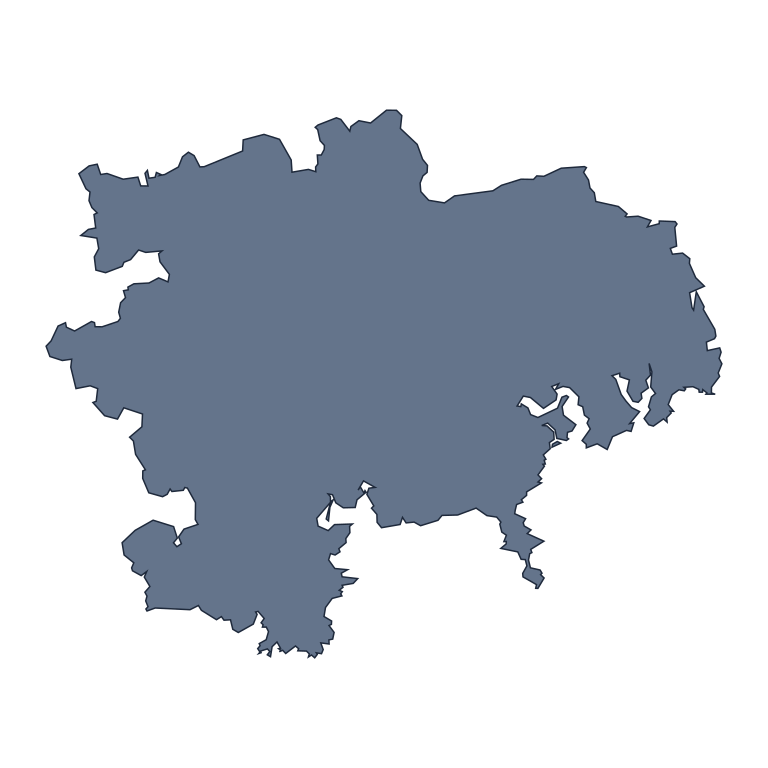 the district of Bandon - Kinsale Lea-6, Cork, Ireland
{"feature_id": "5873133B71141720266314", "entity_name": "Bandon - Kinsale Lea-6", "entity_type": "district", "adm_level": 2, "iso_a3": "IRL", "parent_name": "Ireland", "parent_adm1": "Cork", "projection": "mercator", "projection_center": [-8.645, 51.706], "detail": "fine", "context": "isolated", "style": "filled", "palette": "slate", "viewbox_px": 768, "rotation_deg": 0, "n_neighbors": 0, "source": "geoboundaries", "source_scale": "gbopen_adm2", "svg_char_len": 6076}
<svg xmlns="http://www.w3.org/2000/svg" viewBox="0 0 768 768"><path d="M401.8,115.6L396.5,110.3L386.5,110.2L370.6,123.0L358.9,120.7L350.9,126.5L349.8,131.2L340.8,119.4L336.4,117.8L318.0,125.0L315.2,127.3L317.7,129.6L320.1,140.7L324.4,145.4L324.2,149.5L321.3,155.0L317.3,155.0L317.9,163.9L315.6,167.0L315.8,171.7L308.4,169.4L292.0,172.2L291.2,160.0L279.5,139.3L264.0,134.4L243.2,139.9L242.6,151.0L204.2,166.7L199.9,166.9L194.1,155.6L188.4,152.2L182.5,156.8L178.4,167.0L164.8,174.5L159.5,175.5L160.7,174.4L156.4,172.5L155.1,177.3L149.0,178.2L147.4,170.4L145.0,173.3L148.0,186.0L140.7,185.9L137.9,177.1L123.2,179.2L107.0,173.5L100.7,174.5L97.2,164.2L89.1,165.9L78.9,173.7L86.0,188.8L90.0,192.0L89.0,200.7L91.9,207.6L97.2,212.9L94.0,214.5L95.7,228.0L88.4,229.4L80.8,235.5L96.9,238.1L98.7,248.7L94.3,256.9L95.9,270.1L105.6,272.7L122.3,266.3L123.9,262.3L130.6,259.6L138.6,250.0L145.7,252.4L162.0,250.9L158.6,253.8L160.0,261.8L169.4,274.4L168.0,281.9L158.6,277.9L149.0,283.0L133.9,283.8L127.9,287.1L128.3,289.8L123.5,290.7L125.5,297.6L120.6,302.7L118.7,312.2L120.4,318.3L117.9,321.5L102.1,326.8L95.1,326.7L94.5,322.6L91.5,321.5L74.6,331.0L66.4,327.2L65.5,322.7L58.1,326.0L51.1,340.9L46.1,346.2L49.9,356.5L62.3,360.5L71.7,359.2L70.8,367.2L76.0,388.6L90.2,385.8L97.7,388.6L96.2,401.3L92.9,402.5L104.6,415.7L117.5,419.1L123.8,407.8L142.5,414.0L141.9,426.8L129.6,437.2L133.4,441.0L135.6,454.4L145.4,469.8L142.8,470.9L142.7,478.4L148.8,492.8L162.6,496.7L167.2,494.3L170.1,489.0L171.9,491.5L183.3,490.3L184.8,487.5L187.4,488.1L195.5,502.7L195.3,519.6L198.0,524.4L184.0,529.1L178.6,536.9L181.4,543.7L176.9,546.7L173.5,542.8L177.3,538.1L173.6,526.6L153.1,520.2L135.2,530.3L122.1,542.7L124.1,555.0L133.8,562.8L131.6,567.9L132.5,570.8L141.2,575.6L146.7,571.5L144.3,577.1L149.9,586.5L144.9,592.2L147.0,596.1L145.7,600.9L148.0,606.7L145.9,609.0L147.0,611.0L155.2,608.0L190.0,609.7L198.4,605.5L201.4,610.3L216.5,619.7L221.4,616.6L224.0,620.2L230.5,619.8L232.8,629.3L238.3,632.5L253.3,624.1L257.1,614.4L255.6,612.0L258.1,611.4L264.2,618.5L261.1,622.8L263.1,624.7L262.4,627.1L266.3,627.1L268.5,631.6L266.2,639.7L259.2,643.6L260.1,645.7L257.7,648.6L259.5,651.4L267.4,648.9L269.8,651.5L267.3,654.8L270.5,656.7L272.1,646.7L277.0,642.0L280.5,648.2L278.6,648.7L281.1,650.4L279.3,651.7L282.7,650.3L285.7,653.5L295.5,646.0L298.6,648.7L297.8,650.8L306.5,651.1L309.3,653.9L308.4,657.0L311.5,655.0L314.7,657.8L317.3,654.4L316.3,652.8L321.5,653.7L323.2,649.6L320.8,642.9L329.1,644.0L328.9,639.9L332.7,639.1L334.1,632.4L329.0,625.5L331.4,624.4L331.6,621.0L324.0,616.5L325.5,607.5L332.2,598.4L341.9,595.9L340.7,593.8L342.3,591.6L339.2,590.3L343.0,587.3L342.1,585.3L353.2,583.4L357.7,578.6L342.1,576.8L341.3,573.2L347.6,569.7L334.8,568.5L328.6,559.9L330.5,553.6L335.1,555.0L340.0,551.8L338.8,548.7L346.1,542.6L345.8,538.6L349.9,532.7L349.6,526.3L352.4,524.0L334.5,524.6L328.2,530.6L318.1,526.1L316.7,518.3L330.5,502.3L326.2,519.0L328.5,520.9L329.9,507.3L333.2,499.8L330.5,501.8L330.4,496.7L328.1,493.9L332.5,494.7L335.8,502.8L343.3,507.8L355.2,507.5L357.0,499.8L366.1,492.2L365.0,490.6L364.0,493.1L360.3,486.8L358.1,490.1L363.5,480.9L375.1,487.4L368.9,488.2L366.9,494.4L373.8,505.9L371.5,508.2L376.9,514.4L377.1,522.3L381.5,527.7L400.1,524.5L402.5,517.4L406.1,522.9L414.1,522.1L420.6,525.7L438.0,520.3L442.0,515.4L457.7,515.0L476.1,508.1L486.9,515.6L496.7,517.1L500.9,522.1L499.8,524.1L501.8,532.1L506.4,535.2L503.9,541.6L506.3,541.5L506.2,543.9L500.8,548.4L517.8,551.9L521.1,559.3L525.3,559.6L526.9,565.9L522.7,573.4L523.0,576.9L536.5,584.6L535.7,588.3L537.9,588.4L544.1,578.0L540.6,574.6L542.0,573.2L540.1,570.0L530.4,567.8L528.5,560.0L529.7,553.7L531.9,552.6L530.7,549.4L543.9,541.2L527.2,533.6L531.0,529.9L524.2,526.0L523.2,522.7L525.6,518.7L514.7,513.7L515.2,510.4L516.6,504.5L522.9,502.2L521.4,499.7L526.6,495.4L526.6,491.9L541.4,482.9L538.0,482.0L541.6,478.7L538.0,474.9L544.4,466.2L542.9,464.3L545.3,464.0L544.2,460.2L545.9,459.3L543.3,454.9L550.2,448.7L549.4,442.6L554.1,439.4L553.7,432.1L547.0,425.9L541.7,425.5L547.7,423.1L555.1,429.9L556.8,438.4L566.4,440.5L568.6,438.9L567.0,437.6L567.5,432.3L572.0,431.0L575.9,424.7L563.5,415.2L562.1,406.5L568.5,397.0L566.4,395.5L561.9,397.2L557.5,408.2L537.9,417.5L530.6,414.6L527.9,407.9L521.3,403.9L520.8,406.6L517.1,406.0L523.3,396.1L530.4,397.5L543.5,408.4L556.1,399.9L557.1,394.1L551.7,386.5L558.7,383.7L555.5,389.4L563.0,386.4L569.6,387.6L578.9,396.8L578.1,404.7L582.7,406.7L584.4,415.1L589.1,418.7L587.1,423.1L590.3,429.0L582.1,440.6L586.3,444.3L586.3,447.9L597.2,443.8L607.2,449.5L612.5,436.7L626.5,430.4L631.1,431.4L633.8,422.8L629.6,423.6L639.6,411.6L631.6,407.6L625.9,401.0L621.2,394.5L615.8,379.4L612.0,375.7L619.7,373.2L619.9,376.7L629.4,379.9L627.0,391.1L633.0,401.3L638.2,402.3L641.9,398.4L641.1,393.2L648.4,387.9L645.8,380.2L650.5,375.0L649.1,363.4L651.9,371.8L650.7,387.0L655.5,393.5L651.4,396.9L648.5,406.8L650.4,409.8L644.1,418.5L648.8,424.8L653.4,426.1L663.5,418.9L667.1,422.1L666.7,417.6L671.2,413.0L670.0,411.2L673.6,411.3L668.2,404.6L672.1,394.7L678.9,389.8L684.3,390.8L685.7,388.9L683.9,387.3L693.0,386.7L698.8,389.4L699.2,392.2L702.5,392.2L702.8,389.6L706.9,392.9L705.9,394.2L715.2,394.2L711.4,392.9L711.5,387.1L719.6,376.4L718.2,373.0L721.9,363.8L719.1,358.4L721.1,352.2L719.7,347.9L707.3,350.6L706.4,342.1L714.5,338.7L715.9,336.1L714.8,329.3L703.3,309.4L704.1,306.7L696.3,291.8L693.6,310.1L692.0,307.7L689.6,292.7L704.4,286.2L695.7,277.7L689.4,263.4L689.8,258.7L682.6,253.1L672.4,254.2L670.3,248.4L676.6,246.1L674.8,227.4L677.0,224.0L675.1,221.6L659.3,221.0L659.2,223.7L647.4,226.9L651.0,220.5L638.1,216.2L626.6,217.0L625.2,216.3L627.1,213.9L618.4,206.5L595.8,201.5L594.3,192.7L590.0,188.0L588.5,180.0L583.6,172.3L586.4,167.6L584.4,166.6L561.2,168.2L543.9,176.3L536.8,175.9L533.5,179.4L521.0,179.2L501.5,185.3L492.9,190.8L454.5,195.9L444.5,202.9L428.7,200.3L420.8,191.6L420.1,183.1L422.9,175.9L427.1,172.4L427.5,165.4L422.6,159.3L417.2,144.4L400.4,128.5L401.8,115.6ZM552.5,444.2L552.0,447.2L560.7,443.2L557.3,441.5L552.5,444.2ZM258.8,653.5L261.7,652.5L259.8,652.3L258.8,653.5Z" fill="#64748b" stroke="#1e293b" stroke-width="1.5"/></svg>